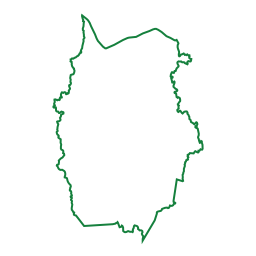 Atalaya, Veraguas, Panama (Equal Earth projection)
{"feature_id": "35544464B38923835463224", "entity_name": "Atalaya", "entity_type": "district", "adm_level": 2, "iso_a3": "PAN", "parent_name": "Panama", "parent_adm1": "Veraguas", "projection": "equal_earth", "projection_center": [-80.908, 8.019], "detail": "fine", "context": "isolated", "style": "outline", "palette": "green", "viewbox_px": 256, "rotation_deg": 0, "n_neighbors": 0, "source": "geoboundaries", "source_scale": "gbopen_adm2", "svg_char_len": 5663}
<svg xmlns="http://www.w3.org/2000/svg" viewBox="0 0 256 256"><path d="M142.7,240.6L154.7,220.4L156.9,213.5L156.8,212.8L157.0,212.1L158.0,211.5L160.8,210.9L161.6,210.1L162.1,208.9L165.1,207.8L167.1,207.6L167.9,208.1L168.5,208.0L169.1,207.6L170.0,205.5L171.1,205.9L172.4,205.7L173.2,205.1L174.0,203.5L174.8,203.7L175.2,203.4L175.3,203.0L174.9,202.6L173.6,201.9L173.5,201.1L176.8,179.4L182.6,181.2L183.1,180.9L182.6,178.4L182.8,177.3L182.6,174.8L183.2,173.8L183.3,172.6L183.9,171.3L183.9,168.7L184.9,165.9L184.6,164.4L185.1,163.8L185.1,162.2L185.9,161.6L186.3,160.1L187.7,159.8L188.0,159.4L187.7,158.7L187.8,158.2L188.4,157.3L188.2,156.9L187.8,156.8L187.6,156.5L187.8,155.9L187.6,155.0L188.0,154.7L188.4,154.8L188.7,154.3L189.1,154.2L189.9,153.1L193.6,153.4L194.9,151.5L195.3,151.2L197.6,152.4L198.3,152.4L198.7,151.8L198.5,150.7L199.6,150.6L200.5,149.3L201.1,149.6L202.2,149.6L202.6,148.7L202.5,144.8L201.9,142.9L201.8,141.4L201.1,141.0L200.2,142.7L199.8,142.8L199.1,140.8L198.7,138.9L198.1,137.7L198.1,136.9L198.7,135.3L198.8,133.7L197.7,128.6L195.9,127.7L195.4,127.3L195.4,126.6L195.6,126.3L196.4,127.1L196.7,126.9L196.7,125.7L197.4,124.1L197.0,122.8L196.5,122.3L196.1,122.4L194.3,124.3L192.7,122.9L191.1,122.1L190.5,119.9L189.4,119.0L189.3,116.7L189.0,116.3L188.4,114.8L187.4,113.7L187.5,112.5L186.8,111.5L186.1,111.4L184.3,111.7L182.6,113.5L181.9,113.0L180.3,110.8L179.7,110.8L178.5,112.0L177.9,111.7L177.4,110.8L177.3,109.9L178.7,108.4L178.4,106.8L178.9,105.6L177.9,104.9L177.8,104.2L178.3,103.8L178.9,102.5L180.1,101.2L180.2,100.1L179.9,98.4L179.5,97.8L178.2,97.2L177.7,97.8L176.6,97.0L176.1,93.6L175.8,93.3L174.8,93.1L174.5,92.7L174.5,92.3L174.7,91.9L176.8,91.1L177.2,90.7L177.3,90.2L176.8,89.4L175.4,88.7L173.5,86.8L173.5,85.7L174.4,83.3L174.6,82.0L174.2,81.5L172.6,82.6L172.2,82.5L171.9,80.7L171.2,78.4L171.4,78.1L172.4,77.8L172.7,77.1L172.1,76.6L171.0,77.1L170.6,76.4L170.9,74.5L171.8,72.3L172.2,72.2L173.3,72.9L173.9,72.9L174.2,72.2L174.4,71.3L174.7,71.0L175.6,71.0L176.6,68.4L178.5,66.5L178.6,65.8L177.6,63.9L177.4,63.2L177.4,62.4L177.8,61.9L178.5,61.4L180.5,61.6L181.0,61.4L182.2,62.3L183.9,62.2L184.5,62.5L184.8,63.1L187.4,64.3L187.7,63.8L187.6,63.2L187.2,62.6L187.6,61.6L188.4,61.1L190.1,61.5L190.6,61.4L191.0,60.8L191.3,59.0L190.3,58.8L189.3,58.0L189.2,57.1L189.6,56.3L189.4,55.3L188.5,55.5L187.3,54.4L186.3,55.1L185.6,54.6L184.8,54.9L183.7,53.5L181.9,54.4L181.0,54.5L179.9,56.1L179.3,56.3L178.9,55.9L178.8,54.0L179.1,52.9L179.0,51.5L178.0,48.8L177.6,47.1L177.7,45.0L178.4,43.6L178.4,43.2L176.6,39.9L175.5,40.4L174.6,40.3L170.4,37.9L166.5,36.2L161.6,32.0L158.2,29.8L156.2,28.9L154.8,28.9L153.0,29.4L149.5,31.0L142.9,33.4L136.1,36.9L129.1,37.6L127.5,38.0L123.0,40.0L114.3,44.8L106.3,48.3L105.2,48.3L103.0,46.7L97.9,40.9L96.6,38.4L95.0,34.3L91.1,26.3L89.7,22.9L88.1,20.4L86.7,19.0L82.1,15.4L82.0,16.0L82.7,18.8L83.2,19.7L83.0,21.2L84.0,21.6L83.7,23.2L83.5,26.3L82.8,28.6L82.9,30.1L83.7,30.8L83.5,32.5L83.7,33.0L83.7,33.8L83.9,34.6L83.9,36.5L84.4,37.2L84.5,37.8L83.4,39.4L83.6,41.1L82.4,45.9L82.1,48.3L81.4,49.4L80.9,50.7L81.3,52.0L81.2,52.4L80.5,52.1L80.0,53.4L79.6,53.5L78.7,55.2L78.3,55.4L78.0,55.9L77.3,56.1L75.6,57.5L74.4,57.8L74.2,58.1L73.2,58.7L72.1,58.4L71.5,59.1L70.6,59.4L70.8,60.4L70.5,61.4L70.7,61.6L71.6,61.8L71.8,63.7L71.7,64.5L72.2,66.4L73.5,68.2L74.0,68.5L73.9,69.2L74.4,70.2L74.5,70.9L74.1,72.8L73.4,74.2L71.1,74.8L70.7,75.1L70.2,77.9L70.3,78.7L70.7,79.4L70.4,82.0L70.9,82.8L70.9,83.7L70.2,84.9L69.4,85.0L69.1,85.6L69.2,86.5L69.7,87.6L70.0,88.7L69.8,89.2L68.8,90.5L68.9,91.2L68.7,93.0L68.4,93.3L67.8,93.1L67.6,93.4L67.5,93.8L66.2,94.2L65.9,93.9L65.8,92.8L65.4,92.4L64.3,92.2L63.3,92.9L62.3,92.4L61.8,92.4L61.0,94.2L60.9,95.0L61.1,96.0L61.8,97.1L61.8,97.5L61.6,97.6L60.6,97.2L60.2,97.4L59.9,97.9L59.8,99.6L59.6,99.9L59.2,100.1L58.2,99.7L57.3,100.3L55.6,99.4L54.5,99.5L54.4,99.9L54.8,102.0L54.2,103.4L54.1,104.1L54.9,105.3L54.7,105.7L53.6,106.2L53.4,106.8L53.5,107.3L54.1,107.7L55.1,107.2L55.8,107.4L56.0,108.0L56.0,110.0L56.2,110.9L56.9,111.5L58.1,111.6L59.0,113.0L59.6,113.0L61.4,111.6L63.3,112.2L63.5,112.6L63.4,113.6L61.1,114.7L60.9,116.4L60.0,117.9L60.5,119.5L60.3,120.4L58.9,121.3L57.4,121.4L57.1,121.7L57.5,123.0L58.3,124.2L57.5,127.2L57.5,128.2L57.2,129.4L57.6,130.4L57.6,131.1L56.8,131.7L56.7,132.7L57.3,134.4L58.3,135.2L58.7,135.8L58.7,136.4L58.3,137.0L58.5,137.8L60.7,139.3L60.6,142.8L61.2,144.5L60.9,146.6L60.9,148.7L61.4,149.6L62.7,150.2L63.2,150.8L63.3,151.4L63.1,153.2L64.0,153.6L64.3,155.1L62.5,157.5L60.8,158.5L58.8,160.5L59.0,161.7L58.7,164.1L58.3,164.5L57.1,164.8L56.8,165.7L57.6,166.5L58.4,168.3L59.0,169.1L60.3,169.9L62.3,169.8L64.2,171.0L64.8,171.7L65.2,173.0L65.3,174.2L65.2,175.2L64.7,176.8L64.7,177.4L66.2,177.8L67.0,178.3L67.5,180.6L67.9,181.7L68.9,183.4L70.6,185.2L70.7,185.8L70.8,186.7L70.2,187.8L70.2,188.7L69.9,189.3L69.8,190.2L69.9,190.6L70.7,190.9L71.1,191.5L71.3,192.3L71.1,193.5L71.9,195.4L71.7,196.1L70.8,196.3L70.6,196.7L70.8,197.2L71.7,197.6L71.9,198.0L71.0,199.6L71.1,200.1L71.8,200.6L72.0,201.1L71.7,202.8L72.3,204.5L71.7,208.2L71.8,209.8L72.6,210.7L73.0,211.8L74.2,212.5L74.1,213.1L73.8,213.6L73.9,214.7L75.3,215.4L76.0,215.5L84.1,226.0L112.8,224.2L115.5,223.6L116.1,223.0L116.9,222.9L117.5,222.1L117.8,222.5L119.6,227.2L121.2,226.8L121.8,225.6L122.4,226.0L123.1,227.5L123.2,231.0L124.4,232.0L125.1,232.2L126.3,232.0L128.1,231.1L130.1,231.8L131.7,231.7L132.6,232.1L132.9,231.6L132.9,229.3L133.6,228.2L134.0,226.1L134.6,225.4L135.4,225.6L136.8,226.0L137.5,226.5L138.0,227.4L138.1,229.1L138.8,229.5L139.6,230.4L141.0,230.3L141.9,230.7L142.3,231.1L142.5,232.3L141.9,233.4L141.9,234.0L142.6,235.5L143.2,236.1L143.2,236.9L142.7,239.0L142.7,240.6Z" fill="none" stroke="#15803d" stroke-width="2"/></svg>